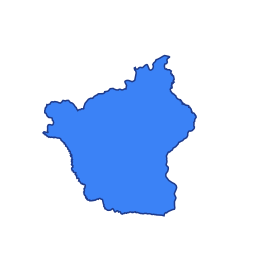 Gigante, Huila, Colombia (Albers equal-area conic projection), rotated 31°
{"feature_id": "7082276B55620946871412", "entity_name": "Gigante", "entity_type": "district", "adm_level": 2, "iso_a3": "COL", "parent_name": "Colombia", "parent_adm1": "Huila", "projection": "albers", "projection_center": [-75.538, 2.393], "detail": "fine", "context": "isolated", "style": "filled", "palette": "blue", "viewbox_px": 256, "rotation_deg": 31, "n_neighbors": 0, "source": "geoboundaries", "source_scale": "gbopen_adm2", "svg_char_len": 5855}
<svg xmlns="http://www.w3.org/2000/svg" viewBox="0 0 256 256"><g transform="rotate(31 128 128)"><path d="M209.6,173.7L209.3,172.4L207.8,170.5L205.7,167.1L205.3,163.8L204.8,162.9L202.2,161.2L201.4,160.1L200.8,155.6L200.4,154.1L199.6,153.2L198.8,152.5L196.4,151.9L194.0,152.1L189.9,151.9L185.5,150.1L184.5,148.7L184.1,147.5L184.3,144.6L183.6,142.3L182.7,140.9L180.2,140.3L179.5,139.6L178.8,137.0L178.3,136.2L177.3,135.1L177.0,134.2L175.3,132.2L175.0,128.1L175.1,127.7L176.0,127.2L176.5,125.4L177.3,124.0L177.1,122.0L178.5,119.5L179.2,115.9L178.9,114.2L179.6,113.4L180.1,112.3L181.1,111.0L181.4,110.4L181.6,108.8L183.2,106.1L183.1,103.9L181.8,101.4L181.8,99.5L182.1,99.0L183.3,98.4L184.3,97.2L184.9,94.9L184.9,94.2L184.4,92.9L183.4,92.4L182.1,89.9L181.5,89.3L181.7,87.9L181.2,87.1L180.8,86.1L180.9,83.7L179.9,82.6L179.2,82.6L178.9,82.1L178.5,82.1L177.3,81.4L176.3,81.4L175.7,81.9L174.6,81.8L174.6,81.2L173.9,81.1L173.8,80.6L173.2,80.2L172.4,79.3L171.6,79.1L170.3,78.4L169.4,78.9L169.0,78.0L168.5,77.7L167.5,77.9L166.9,78.3L166.3,78.3L166.0,78.7L164.6,78.7L164.1,78.3L163.1,79.2L162.6,78.6L162.4,78.9L162.1,78.8L161.9,79.1L161.4,78.0L160.2,78.0L160.0,77.4L159.3,77.1L158.7,77.5L158.3,76.8L156.7,77.4L155.0,77.4L153.5,76.8L152.2,75.7L150.8,75.7L149.9,75.3L149.2,75.5L148.8,75.3L148.3,75.6L147.8,75.2L147.1,75.2L146.5,74.7L145.6,74.6L145.2,73.9L144.2,73.1L144.2,71.5L145.0,71.4L145.1,70.8L144.2,69.6L143.5,69.6L143.6,69.0L143.3,68.8L143.3,68.2L142.9,67.8L143.3,67.1L142.6,67.1L142.4,66.8L142.6,66.6L143.1,66.7L143.5,66.4L143.5,65.9L143.3,65.5L143.7,65.1L143.0,64.9L143.1,64.3L142.5,64.3L142.3,63.1L142.5,62.5L140.2,60.0L139.3,60.0L139.1,60.2L138.6,60.1L138.4,59.4L138.0,59.2L136.7,59.4L136.0,57.8L135.8,56.9L134.4,56.9L133.7,56.6L131.7,57.8L131.3,57.9L130.6,57.5L130.0,58.1L129.3,58.2L128.9,58.0L127.4,56.4L126.6,54.4L127.9,52.8L127.8,51.3L126.4,49.8L126.1,49.0L126.2,48.4L126.5,47.5L126.1,46.6L126.4,46.2L127.1,46.1L127.0,45.7L126.3,45.6L122.1,47.0L121.2,48.2L119.2,51.9L117.6,54.4L117.0,54.8L116.9,55.8L117.2,56.5L117.1,57.2L116.5,59.2L116.6,60.9L117.7,61.7L118.3,62.8L118.7,64.6L118.2,66.0L117.4,66.9L116.2,66.9L112.1,63.9L111.5,63.9L110.8,64.7L110.4,65.4L109.5,68.5L108.9,69.1L107.7,69.4L106.9,70.0L106.3,70.9L106.1,72.2L105.8,72.7L104.3,73.4L103.7,73.2L103.1,72.4L102.5,73.3L102.6,73.5L103.9,74.8L104.9,74.9L106.1,75.9L106.7,76.7L109.2,83.5L108.6,85.0L107.6,86.2L104.2,86.9L103.1,87.4L102.1,88.2L101.4,89.4L101.5,89.9L102.2,90.6L104.8,92.2L106.1,95.6L105.3,95.9L104.7,96.6L104.3,97.4L103.3,98.5L101.1,98.9L100.4,99.5L100.1,100.4L98.2,101.4L95.8,101.8L94.9,101.7L92.5,103.5L92.1,106.1L91.4,107.2L89.4,108.8L89.8,109.2L89.3,110.9L88.5,111.7L84.9,114.0L84.5,115.6L84.1,115.9L82.8,118.3L82.4,120.4L82.5,120.7L80.6,121.8L79.3,123.7L78.5,129.0L79.4,133.0L80.0,133.9L80.0,134.5L78.2,135.5L77.9,136.6L76.6,137.4L76.0,139.0L74.0,137.9L73.0,137.1L71.8,137.0L70.4,136.2L68.4,135.5L66.8,135.4L65.7,135.9L62.9,135.0L62.5,135.1L60.9,136.3L60.5,137.0L58.1,137.8L57.9,138.7L58.0,139.1L57.3,141.4L55.5,142.0L54.4,142.0L52.0,142.9L51.2,143.4L50.8,144.1L50.0,144.3L49.0,145.0L48.7,145.9L48.8,147.6L47.2,149.4L46.4,149.7L47.2,151.8L47.0,152.0L47.1,152.8L46.8,153.6L47.4,154.5L47.6,155.7L48.8,157.8L50.3,157.7L51.7,158.8L53.1,159.6L53.7,159.5L54.6,159.8L55.2,159.6L55.7,159.2L57.7,158.6L58.6,159.4L59.0,160.2L60.1,160.4L61.5,161.7L61.9,163.5L61.8,164.0L61.3,164.7L59.5,165.2L58.4,165.9L58.0,166.7L58.3,168.2L59.8,170.5L60.4,171.9L61.6,172.8L61.5,173.3L58.0,174.5L57.7,175.9L58.4,176.2L58.7,176.1L59.5,176.2L60.0,175.9L60.5,176.5L61.5,176.2L62.2,176.3L63.0,176.8L63.5,176.5L64.9,176.7L65.2,176.1L66.3,176.0L67.0,175.3L67.7,175.1L69.1,174.3L69.6,174.5L70.0,173.6L73.1,172.8L74.0,172.1L75.5,171.9L76.4,172.3L76.7,172.8L77.7,173.1L79.0,173.2L80.0,173.6L81.1,173.4L81.4,174.4L82.8,174.2L83.2,174.4L83.9,175.6L84.9,175.4L86.8,176.2L87.2,177.0L87.7,176.9L89.0,177.4L89.5,178.3L90.1,177.8L90.4,177.9L91.0,178.4L91.4,179.6L93.1,179.8L92.9,180.9L93.9,180.6L94.0,180.9L93.6,181.4L93.7,181.9L94.6,181.7L95.4,182.4L95.8,183.4L96.7,183.7L96.7,184.2L96.1,184.6L96.6,185.1L96.8,185.8L97.9,185.8L98.0,186.2L97.8,186.9L98.4,187.3L98.4,188.4L99.1,188.4L99.3,188.8L100.0,188.6L100.3,188.9L100.4,189.4L100.9,190.2L100.4,190.8L100.7,192.1L101.6,192.6L102.1,193.3L103.2,193.0L103.8,193.8L104.7,193.9L106.2,193.2L106.3,193.6L106.1,193.8L106.6,194.1L106.6,194.9L107.5,195.2L108.4,195.0L108.6,195.8L109.5,196.6L110.2,197.5L111.5,196.6L112.4,197.1L113.0,198.8L113.5,198.4L116.5,199.7L116.9,199.7L117.5,199.1L118.2,199.5L118.6,199.2L119.1,199.3L119.7,198.8L120.7,199.0L121.3,199.7L121.3,200.5L121.7,201.0L121.9,201.9L121.6,202.2L121.6,202.7L123.1,204.4L123.0,205.7L123.7,205.9L124.1,207.0L124.7,207.5L125.4,207.9L125.9,207.8L126.4,208.0L127.2,209.0L127.6,208.9L127.5,209.2L127.8,209.6L128.3,209.8L129.3,209.5L129.6,210.4L131.0,210.4L132.0,209.6L132.3,209.6L132.6,210.0L133.1,209.5L133.7,209.6L134.7,208.6L135.1,208.5L135.3,207.9L136.0,207.8L136.9,206.6L137.4,206.5L137.6,205.6L138.8,204.3L139.3,204.3L139.3,203.7L139.9,203.0L140.6,202.7L141.6,202.9L142.6,202.5L143.2,202.7L146.2,205.9L146.8,206.1L147.7,207.7L149.3,208.2L149.6,208.9L149.9,209.1L150.2,208.9L152.8,209.0L153.9,208.5L155.4,207.3L156.3,205.1L157.1,205.1L159.8,206.7L160.4,206.5L161.2,204.7L161.9,204.3L163.3,204.9L163.9,204.1L164.7,203.9L165.9,204.8L166.8,204.9L167.6,204.6L167.7,204.0L168.8,203.2L168.8,202.6L169.7,202.1L170.4,202.0L170.8,201.7L170.9,200.9L172.2,200.2L172.9,198.9L174.4,198.4L174.9,198.4L175.2,197.9L175.7,198.0L177.3,196.1L177.7,196.0L178.0,196.4L178.7,196.3L179.6,195.5L182.8,194.8L184.1,194.1L185.1,193.8L186.4,192.5L188.1,191.6L188.7,191.7L190.6,190.3L192.0,189.9L193.1,189.8L194.6,188.6L195.9,188.4L196.5,187.7L197.2,187.8L202.1,185.2L202.8,185.1L204.1,184.7L203.5,183.0L203.7,181.5L203.9,181.1L204.8,180.9L205.0,180.0L205.7,178.5L208.3,174.9L209.6,173.7Z" fill="#3b82f6" stroke="#1e3a8a" stroke-width="1.5"/></g></svg>